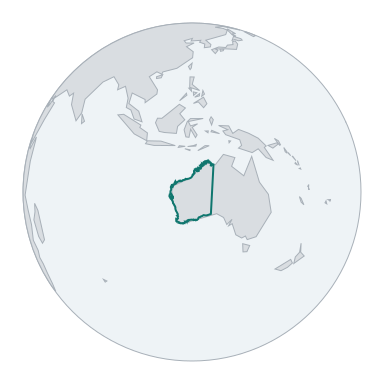 globe centered on Western Australia
{"feature_id": "AUS-2651", "entity_name": "Western Australia", "entity_type": "State", "adm_level": 1, "iso_a3": "AUS", "parent_name": "Australia", "parent_adm1": "", "projection": "orthographic", "projection_center": [121.445, -24.431], "detail": "fine", "context": "on_globe", "style": "outline", "palette": "teal", "viewbox_px": 384, "rotation_deg": 0, "n_neighbors": 0, "source": "natural_earth", "source_scale": "10m", "svg_char_len": 10828}
<svg xmlns="http://www.w3.org/2000/svg" viewBox="0 0 384 384"><circle cx="192" cy="192" r="169" fill="#eef3f6" stroke="#a8b0b8"/><path d="M330.5,199.5L330.3,200.8L330.2,200.9L330.5,199.5ZM346.0,122.4L345.6,121.6L346.0,122.4ZM249.5,33.1L249.8,33.3L252.3,34.2L255.4,35.7L253.5,36.6L244.4,31.8L244.9,31.5L249.5,33.1ZM238.5,29.6L238.1,29.5L240.0,30.1L222.8,26.5L215.1,27.2L223.3,28.5L227.3,30.2L225.7,34.6L205.8,40.2L210.9,44.5L210.4,46.9L204.3,47.7L204.8,44.0L199.6,42.2L200.8,40.3L191.1,41.0L192.4,38.4L184.2,40.7L186.1,43.0L194.1,43.0L186.5,46.7L193.2,51.7L192.6,57.7L176.9,68.3L162.9,71.9L161.8,74.2L156.9,71.8L149.3,76.7L157.5,89.8L156.9,94.0L145.1,102.7L145.1,99.5L132.2,93.0L128.9,103.5L138.7,111.2L142.0,121.8L134.1,119.0L130.9,110.0L126.3,107.5L128.1,98.3L125.5,86.3L117.6,89.8L118.8,84.8L114.0,76.7L103.0,82.0L85.1,99.2L81.7,112.9L76.0,120.8L71.5,104.6L73.6,93.1L69.4,96.1L66.9,89.8L55.2,97.6L55.8,95.5L53.1,98.7L51.7,98.9L53.6,95.4L51.7,97.9L47.3,107.2L49.6,104.7L54.7,97.2L52.8,101.5L54.5,102.9L44.4,119.5L30.8,144.1L33.3,134.6L35.0,129.7L39.7,118.8L45.2,108.3L51.4,98.3L58.3,88.7L65.9,79.5L74.1,71.0L82.9,63.0L92.2,55.7L101.9,49.0L112.2,43.1L122.8,37.9L133.8,33.4L145.0,29.7L156.5,26.8L168.2,24.7L179.9,23.5L191.8,23.0L203.6,23.4L215.4,24.7L227.0,26.7L238.5,29.6ZM31.7,138.6L30.5,144.9L29.8,147.3L30.2,148.5L36.4,136.9L35.6,140.6L30.3,161.1L25.1,195.1L28.1,210.0L31.5,224.6L33.3,240.2L38.2,250.4L39.8,257.5L43.3,263.8L47.4,273.0L52.5,283.6L55.8,291.4L52.0,286.4L49.6,282.9L43.2,272.1L37.7,260.9L33.0,249.3L29.2,237.3L26.3,225.1L24.3,212.8L23.2,200.3L23.1,187.8L23.9,175.2L25.6,162.8L28.2,150.6L31.7,138.6ZM66.1,79.3L67.6,77.7L70.8,74.3L66.1,79.3ZM74.7,70.4L74.8,70.3L74.7,70.4ZM103.4,279.3L106.9,281.0L105.2,282.1L103.4,279.3ZM37.9,210.4L44.5,239.8L42.5,243.2L38.7,236.5L33.9,219.9L35.0,211.8L34.6,203.3L37.9,210.4ZM184.8,148.7L190.1,149.8L189.9,150.6L184.8,148.7ZM179.3,145.7L185.2,146.3L178.3,147.4L179.3,145.7ZM187.6,146.5L193.6,145.5L196.3,144.5L195.8,146.1L187.6,146.5ZM175.3,145.6L153.9,145.4L145.5,143.7L147.4,140.8L160.9,141.1L175.3,145.6ZM146.7,140.7L134.2,133.9L117.9,114.9L123.7,114.3L140.9,125.1L139.8,127.5L147.4,132.9L146.7,140.7ZM177.6,126.4L176.4,133.4L164.5,132.5L159.2,131.4L155.5,122.7L157.5,118.2L161.9,118.3L179.4,104.3L185.4,108.0L179.8,113.7L184.8,119.8L177.6,126.4ZM82.1,114.0L84.5,121.3L81.5,123.6L82.1,114.0ZM186.9,95.2L179.6,100.7L186.4,93.2L186.9,95.2ZM191.2,88.3L191.5,91.2L188.8,88.2L191.2,88.3ZM161.2,77.8L156.5,78.5L156.6,76.7L162.7,74.7L161.2,77.8ZM192.1,63.1L191.3,68.0L190.1,69.6L188.4,66.5L192.1,63.1ZM290.7,259.4L292.4,263.0L287.5,267.3L281.0,270.7L275.0,269.0L290.7,259.4ZM243.0,251.9L242.7,243.7L249.7,245.5L246.9,251.7L243.0,251.9ZM295.3,257.0L299.6,252.2L301.1,243.2L300.7,252.2L304.2,256.0L293.8,263.5L295.3,257.0ZM216.7,213.7L183.8,223.3L176.4,221.0L177.9,215.1L170.6,197.6L173.0,198.0L171.1,186.8L190.4,178.0L204.1,162.3L215.2,164.9L223.4,154.4L234.9,157.6L231.6,166.3L243.8,175.8L251.7,156.4L259.4,182.1L268.4,194.3L271.2,212.3L256.1,236.7L247.2,239.6L245.4,236.0L241.7,238.0L235.8,234.8L232.2,223.7L228.6,225.8L232.0,219.3L226.8,224.5L223.6,217.5L216.7,213.7ZM299.4,196.6L301.1,198.3L303.9,204.8L301.1,202.1L299.4,196.6ZM326.0,200.9L326.8,203.9L325.0,202.8L326.0,200.9ZM330.2,200.9L328.0,199.7L330.5,199.5L330.2,200.9ZM308.4,187.2L309.3,189.4L308.6,189.5L308.4,187.2ZM307.7,186.3L308.8,184.5L308.6,186.9L307.7,186.3ZM299.2,168.5L300.3,167.9L300.8,169.1L299.2,168.5ZM197.8,150.6L205.1,145.6L209.2,145.7L197.8,150.6ZM297.7,165.2L295.0,163.6L295.3,162.5L297.7,165.2ZM297.8,162.5L297.5,160.6L299.2,165.5L297.8,162.5ZM292.7,156.2L296.0,160.7L292.3,156.4L292.7,156.2ZM290.7,155.7L288.3,153.3L288.5,152.9L290.7,155.7ZM264.3,147.4L273.1,160.3L266.1,157.5L258.2,148.8L252.2,152.6L238.5,148.1L241.6,145.4L239.7,139.7L225.7,134.7L222.9,131.0L227.8,129.7L218.6,125.5L228.7,125.9L232.8,133.4L238.5,129.4L248.5,133.2L258.2,138.2L266.2,146.0L264.3,147.4ZM228.8,140.7L230.6,141.0L229.1,142.8L228.8,140.7ZM283.8,147.5L287.3,152.4L286.9,153.0L285.2,151.8L283.8,147.5ZM268.0,145.4L276.5,142.9L278.5,143.8L272.9,148.1L268.0,145.4ZM274.4,138.4L278.4,140.8L280.5,144.8L279.7,145.3L274.4,138.4ZM208.3,130.9L208.0,132.8L205.4,131.0L208.3,130.9ZM211.7,130.3L219.5,133.6L211.0,131.8L211.7,130.3ZM188.3,121.5L190.5,125.9L197.6,123.8L192.2,127.3L197.1,134.9L195.5,137.6L190.6,129.2L189.0,137.3L185.9,136.9L184.1,129.8L187.2,121.7L190.4,118.6L203.2,118.5L188.3,121.5ZM211.6,125.0L209.5,119.8L211.1,116.8L213.3,119.7L211.6,125.0ZM203.6,107.7L198.3,101.9L193.4,103.4L203.5,97.2L206.9,103.7L203.6,107.7ZM199.4,95.9L194.7,97.2L199.6,93.6L199.4,95.9ZM193.6,95.4L193.3,91.9L196.8,92.7L193.6,95.4ZM201.7,96.3L202.9,90.5L204.5,94.1L201.7,96.3ZM192.2,84.4L199.6,90.5L189.7,87.3L190.0,76.9L194.2,77.0L192.2,84.4ZM220.5,51.3L219.9,49.1L223.9,49.3L223.2,50.7L220.5,51.3ZM236.5,49.4L224.8,48.8L215.3,49.0L217.9,50.4L215.3,53.6L211.6,49.7L218.7,47.0L225.8,47.5L227.4,45.1L233.0,44.6L232.6,41.6L235.2,41.0L237.7,44.1L236.5,49.4ZM232.1,40.4L233.5,36.4L240.9,38.7L242.2,40.1L238.5,40.8L234.8,39.5L232.1,40.4ZM236.0,36.2L232.4,35.0L226.9,29.5L227.6,29.0L235.7,33.8L232.8,33.0L232.8,34.2L236.0,36.2Z" fill="#d9dde1" stroke="#a8b0b8" stroke-width="1"/><path d="M210.9,213.9L208.9,214.7L206.5,215.4L205.0,215.4L203.8,215.1L203.4,215.2L202.2,216.0L200.8,216.5L200.4,216.9L199.1,217.2L198.5,217.7L198.2,218.9L197.1,219.9L196.7,219.8L196.2,220.1L196.1,219.8L195.9,219.7L194.8,219.8L194.7,220.0L194.2,219.8L194.0,220.0L193.6,220.1L193.5,219.8L193.4,219.6L192.9,219.8L191.7,219.6L191.3,219.7L189.8,219.8L189.4,220.0L188.5,219.9L188.0,220.1L187.4,220.5L187.2,221.0L187.4,221.2L187.0,221.2L186.9,221.6L186.8,221.4L186.6,221.7L186.3,221.5L185.7,221.5L185.8,221.6L185.4,221.8L185.4,222.0L184.7,222.3L184.6,222.8L184.1,222.9L184.2,223.1L183.9,223.1L183.3,223.2L183.7,223.4L182.9,223.2L182.8,223.5L182.1,223.2L181.7,223.2L181.6,223.3L180.6,223.2L180.4,223.3L179.8,223.1L180.1,223.0L179.8,222.8L179.8,223.0L178.8,222.8L178.6,222.4L177.8,221.7L177.0,221.3L176.8,221.3L176.6,221.5L176.3,221.2L176.2,220.1L176.2,219.1L176.7,219.4L177.1,219.3L177.5,219.0L177.7,218.4L177.9,218.3L177.8,218.0L177.8,218.3L177.8,217.5L177.5,216.5L177.7,216.1L177.6,216.5L177.8,216.8L177.7,216.4L177.9,216.3L177.8,216.1L177.8,215.5L177.6,215.4L177.8,215.3L177.8,215.1L177.7,213.9L176.5,211.6L176.2,211.2L175.8,210.3L175.4,208.9L175.4,207.3L175.0,206.2L174.4,205.4L174.1,204.5L173.1,203.3L172.9,202.6L173.0,202.1L172.6,201.0L171.4,199.2L170.6,198.5L170.1,197.7L170.5,198.0L170.5,197.2L170.6,198.1L170.8,198.4L170.7,197.3L170.8,197.8L170.9,197.7L171.1,198.6L171.2,198.1L171.3,198.9L171.4,198.5L171.6,199.1L171.9,198.9L172.1,198.7L172.1,198.2L171.8,197.9L171.5,197.9L171.2,197.5L171.2,197.0L170.8,196.4L171.0,195.8L171.0,196.1L171.6,196.6L171.7,196.9L171.6,197.8L171.8,197.8L171.9,197.5L171.9,197.0L172.1,197.1L172.1,197.5L172.4,198.3L172.7,198.5L173.0,198.1L172.8,197.1L173.0,197.1L173.0,196.7L172.7,196.5L171.7,194.7L171.4,194.6L171.1,193.5L170.4,192.6L170.5,191.1L170.9,190.2L171.3,189.7L171.2,188.8L171.3,188.5L171.3,188.1L171.2,187.7L170.9,187.6L170.8,187.1L171.8,184.9L172.2,184.8L171.9,185.9L172.0,186.3L172.1,186.8L172.3,186.9L172.5,186.6L172.7,186.8L173.1,185.8L173.0,185.3L173.4,184.8L175.7,183.7L176.0,183.2L176.6,182.9L176.9,182.4L177.4,182.1L177.6,181.7L178.3,181.6L178.9,181.1L179.2,180.7L179.3,180.7L179.2,181.1L179.4,181.3L180.2,180.9L180.2,181.1L180.6,181.2L181.6,181.1L182.1,180.9L182.9,180.1L184.7,179.8L185.5,178.9L185.7,179.0L185.8,178.9L186.5,179.0L186.9,179.2L187.3,178.9L188.7,178.7L190.6,177.9L191.3,177.4L191.9,176.7L192.6,175.5L192.5,175.2L192.9,175.0L192.8,174.8L193.0,174.4L193.3,174.4L194.5,173.4L194.5,173.0L194.0,173.0L194.1,172.8L194.1,172.2L194.0,171.8L194.0,170.9L194.3,170.4L194.9,170.1L194.9,169.9L195.2,170.1L195.1,169.8L195.2,169.5L195.9,169.5L195.7,169.3L195.7,169.0L196.1,168.7L196.5,168.4L196.4,168.5L196.5,168.6L196.4,168.6L196.3,168.9L196.5,169.3L196.8,169.3L196.7,169.5L196.8,169.6L196.8,169.9L197.1,170.2L198.0,171.9L198.0,171.3L198.2,170.7L198.1,170.2L199.0,170.8L198.6,170.2L198.8,170.3L198.8,170.1L199.1,169.7L198.9,169.8L198.6,169.9L198.4,169.4L197.8,169.2L198.1,168.9L197.8,168.9L197.6,168.7L197.8,168.7L197.7,168.6L198.2,168.8L198.2,168.7L197.8,168.5L198.4,168.5L198.2,168.3L198.4,168.4L197.9,168.0L198.0,167.8L198.5,167.7L198.7,167.8L198.7,168.0L198.8,168.2L198.8,168.5L198.9,168.3L199.2,168.4L199.1,168.1L199.0,167.9L199.6,168.1L199.9,168.5L200.2,168.5L200.3,168.3L201.7,168.6L201.2,168.3L200.4,168.3L200.3,167.9L200.5,167.5L200.7,167.8L200.9,167.7L201.0,167.0L201.3,166.8L201.0,166.8L200.6,167.3L200.5,166.8L200.4,167.0L200.3,166.4L200.5,166.2L200.3,165.9L200.5,165.9L201.0,165.9L201.1,165.6L201.2,165.8L201.3,165.5L201.2,165.4L201.2,165.2L201.4,165.3L201.5,165.3L201.6,165.5L201.9,165.5L202.1,165.7L202.0,165.8L202.3,165.8L202.6,166.0L202.3,165.7L202.5,165.4L202.2,165.3L201.9,165.4L202.3,164.9L201.7,165.2L201.6,164.9L201.8,164.7L202.0,164.8L202.2,164.7L202.1,164.4L202.4,164.4L202.3,164.5L202.5,164.6L202.6,164.9L202.5,164.5L202.9,164.9L203.3,164.9L203.2,164.6L203.3,164.5L202.7,164.3L203.0,164.1L202.7,164.0L202.5,163.7L203.0,163.4L202.8,163.3L203.1,163.0L203.1,163.3L203.3,163.1L203.4,163.4L203.6,163.0L203.8,163.2L203.8,162.3L204.2,162.4L204.2,162.6L204.1,163.1L204.0,163.4L204.2,162.8L204.2,163.0L204.6,162.9L204.5,163.3L204.8,163.5L204.8,163.1L205.1,163.1L204.9,162.7L205.2,162.6L205.2,162.3L205.4,162.2L205.4,161.9L205.0,161.8L205.0,161.6L205.3,161.7L205.1,161.4L205.3,161.3L205.5,161.4L205.3,161.7L205.7,161.5L205.5,161.9L205.6,162.1L205.8,162.3L206.0,162.2L205.9,162.0L206.0,161.8L206.3,161.6L206.6,161.5L206.3,161.9L206.5,161.9L206.4,162.0L206.6,162.1L206.7,162.4L206.9,161.9L207.0,162.0L207.1,161.9L207.0,161.6L207.5,161.6L207.2,161.1L207.4,161.0L207.5,161.1L207.4,161.0L207.8,160.9L208.1,161.2L208.0,161.4L208.2,161.7L208.3,161.4L208.4,161.6L208.6,161.4L208.8,161.7L209.1,161.6L209.1,161.9L209.8,162.3L210.5,163.5L211.3,163.9L211.2,164.1L211.2,164.3L210.7,165.6L210.8,165.9L210.7,166.2L210.9,166.0L211.0,165.3L211.4,166.0L211.2,164.9L211.5,164.5L211.6,164.9L211.8,164.9L211.8,164.2L212.2,164.1L213.5,164.5L210.9,213.9ZM170.1,197.1L170.3,197.7L169.5,196.6L169.4,195.9L169.5,195.8L170.0,197.0L170.1,197.1ZM175.5,181.5L175.4,181.8L175.1,181.9L175.4,181.3L175.5,181.5ZM200.9,165.4L201.1,165.6L200.8,165.7L200.6,165.5L200.9,165.1L200.9,165.4ZM202.6,162.8L202.7,163.3L202.4,163.1L202.5,163.2L202.6,162.8ZM211.6,164.4L211.9,164.9L211.6,164.7L211.6,164.4ZM211.0,164.9L211.2,165.2L211.1,165.3L211.0,165.2L211.0,164.9ZM169.7,195.2L169.7,194.5L169.8,194.4L169.7,195.2ZM169.8,194.0L169.8,194.3L169.9,193.6L169.8,194.0ZM200.4,165.2L200.5,165.3L200.2,165.3L200.4,165.2ZM201.9,164.3L201.9,164.5L201.7,164.4L201.9,164.3ZM206.5,161.3L206.8,161.4L206.5,161.4L206.5,161.3ZM177.0,214.6L177.3,214.6L177.0,214.6ZM177.6,215.0L177.6,215.3L177.6,215.2L177.6,215.0Z" fill="none" stroke="#0f766e" stroke-width="2"/></svg>